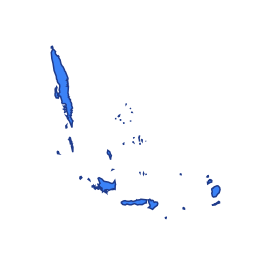 Kepulauan Selayar, Sulawesi Selatan, Indonesia (Natural Earth projection), rotated 346°
{"feature_id": "22746128B1615833901652", "entity_name": "Kepulauan Selayar", "entity_type": "district", "adm_level": 2, "iso_a3": "IDN", "parent_name": "Indonesia", "parent_adm1": "Sulawesi Selatan", "projection": "natural_earth1", "projection_center": [120.768, -6.627], "detail": "fine", "context": "isolated", "style": "filled", "palette": "blue", "viewbox_px": 256, "rotation_deg": 346, "n_neighbors": 0, "source": "geoboundaries", "source_scale": "gbopen_adm2", "svg_char_len": 5790}
<svg xmlns="http://www.w3.org/2000/svg" viewBox="0 0 256 256"><g transform="rotate(346 128 128)"><path d="M70.2,81.0L70.4,86.2L69.9,87.4L70.2,88.5L72.7,89.0L73.6,90.3L73.4,91.2L72.7,92.1L73.2,93.2L72.7,96.7L73.0,99.7L72.7,101.2L72.0,102.0L71.0,101.2L71.7,103.1L72.5,103.3L72.4,103.9L71.6,103.5L71.6,104.1L72.9,107.3L73.8,114.0L74.7,110.6L75.6,108.5L76.3,107.9L75.2,105.7L75.5,105.0L74.6,103.5L75.0,102.9L74.9,102.3L75.3,102.6L76.0,102.3L75.9,101.1L76.6,100.1L76.4,99.4L77.4,99.3L77.5,98.1L77.0,97.6L78.0,97.3L77.4,96.2L79.0,95.2L78.7,92.0L79.1,91.3L79.1,90.0L78.6,88.3L79.0,86.4L78.2,86.1L78.3,85.1L77.6,83.7L78.2,83.5L77.9,83.2L78.2,82.9L77.9,82.0L78.4,80.8L78.1,79.8L80.0,74.1L79.9,73.4L79.1,72.8L80.2,72.7L79.5,71.2L79.8,70.9L80.4,71.1L80.6,70.5L80.3,69.1L80.7,69.1L80.8,68.1L80.3,67.4L80.7,67.5L80.6,66.2L81.3,66.5L81.8,65.2L80.9,58.3L80.3,57.1L80.4,56.2L79.8,53.1L79.0,51.6L78.5,49.5L78.6,45.5L77.8,43.0L78.2,42.0L77.7,41.0L76.9,41.2L75.6,38.6L75.6,37.2L76.2,36.4L74.7,33.6L73.6,33.8L71.8,36.2L70.9,42.3L70.9,47.1L70.2,54.5L70.9,60.4L70.5,63.3L70.9,64.5L70.7,65.7L70.9,67.0L72.1,69.5L71.9,71.1L70.4,74.6L70.7,74.9L70.4,77.0L68.8,77.7L69.0,78.6L68.4,79.0L68.9,79.0L68.6,79.7L70.2,81.0ZM87.9,169.2L86.8,169.6L87.5,175.0L86.8,175.2L86.2,176.5L85.7,176.4L85.9,177.1L85.3,177.4L86.7,178.2L86.8,180.0L87.4,179.3L88.2,180.1L88.1,180.8L87.4,180.8L87.6,181.6L87.1,181.7L88.1,182.9L87.9,183.8L88.7,183.4L90.0,184.1L90.4,185.1L91.0,185.0L91.5,185.8L91.5,185.3L92.5,184.9L91.4,183.4L90.0,183.3L90.7,182.5L92.7,182.7L93.9,183.3L94.2,183.9L97.1,183.4L97.6,184.0L98.7,183.3L98.9,183.6L99.0,183.4L99.7,183.5L99.9,183.6L99.5,183.6L99.7,184.1L100.4,183.7L100.7,184.1L101.7,180.6L102.2,180.0L102.5,175.8L100.5,177.7L99.4,178.0L98.2,177.6L95.9,175.8L91.8,173.9L90.4,171.3L87.9,169.2ZM105.8,197.7L103.7,198.3L103.4,199.1L104.4,200.9L106.7,202.0L108.6,201.5L110.8,202.8L112.5,203.3L116.0,202.9L118.6,204.9L120.5,205.0L123.2,205.8L126.1,205.0L127.7,205.1L127.7,204.3L128.9,202.3L123.2,200.2L122.2,200.5L119.4,200.2L119.1,199.8L118.1,200.4L115.1,200.5L113.4,199.3L112.6,199.5L110.9,199.3L109.0,198.7L107.6,197.8L105.8,197.7ZM200.4,205.6L197.3,206.0L196.8,206.5L196.0,206.6L195.8,207.1L194.8,207.1L194.4,207.7L194.3,210.5L193.5,211.4L193.4,213.7L193.5,214.8L194.3,215.7L196.8,215.8L198.9,213.9L200.8,212.9L202.4,210.1L202.5,207.9L201.4,206.0L200.4,205.6ZM131.9,202.7L130.5,202.7L130.2,205.5L130.7,207.8L130.6,209.1L128.6,210.2L129.5,210.6L132.2,212.9L134.5,211.4L137.7,210.1L138.6,208.6L138.5,207.2L136.8,206.4L135.5,206.5L134.8,204.5L133.7,203.8L132.8,204.2L131.9,202.7ZM68.7,70.8L68.0,72.0L67.3,71.8L66.7,72.7L66.0,76.3L65.5,77.1L65.1,79.0L65.7,81.5L66.6,81.4L67.3,82.2L67.8,82.0L68.4,80.8L67.7,79.2L68.0,78.2L67.4,74.6L67.9,73.5L67.7,72.8L68.4,72.4L68.9,71.4L68.7,70.8ZM103.0,144.8L101.9,147.1L102.2,148.6L103.1,149.5L103.5,154.5L104.0,152.7L105.2,150.7L104.7,149.2L104.5,146.6L103.0,144.8ZM195.0,198.0L195.0,198.5L194.5,198.2L194.1,198.6L193.5,198.5L192.7,199.9L192.0,199.8L191.8,201.6L194.3,200.8L196.1,200.7L196.6,199.2L195.8,198.2L195.0,198.0ZM69.3,123.1L68.5,123.7L68.2,124.9L67.8,125.0L68.5,125.9L68.3,129.6L69.7,130.1L70.1,127.7L69.6,126.5L69.7,123.6L69.3,123.1ZM198.3,221.2L194.5,222.7L193.6,222.5L192.4,223.2L191.4,223.0L191.4,223.4L194.2,223.7L196.0,223.0L198.7,222.8L198.9,221.9L198.3,221.2ZM81.2,177.3L80.6,178.0L81.4,179.4L82.6,178.8L83.9,179.2L84.0,179.9L84.5,180.2L85.1,180.2L86.0,179.1L85.9,178.1L83.9,178.3L83.2,177.7L81.5,177.8L81.2,177.3ZM69.5,131.2L68.7,131.7L68.6,138.1L69.9,133.4L69.9,132.1L69.3,131.6L69.5,131.2ZM70.7,163.7L69.6,163.9L69.1,165.3L69.4,166.0L71.2,165.0L70.7,163.7ZM54.0,133.7L53.6,134.1L53.5,135.8L54.7,136.3L54.4,135.9L54.8,135.5L54.7,134.1L54.0,133.7ZM74.4,30.5L73.4,30.5L72.9,31.7L73.9,32.3L74.5,32.0L74.4,30.5ZM162.7,218.7L162.1,218.9L162.0,219.8L163.2,220.4L163.4,219.6L162.7,218.7ZM69.1,110.3L68.2,110.9L67.9,112.9L68.5,113.0L69.0,112.4L68.8,110.9L69.1,110.3ZM80.4,175.4L79.1,175.7L79.1,176.6L80.3,176.6L80.4,175.4ZM71.8,91.7L70.8,91.3L71.2,92.4L71.6,92.7L72.3,92.3L72.0,91.5L71.8,91.7ZM194.3,193.7L193.7,193.7L192.8,194.5L193.6,195.0L194.2,194.7L194.3,193.7ZM143.4,223.9L142.0,224.1L143.2,224.3L142.5,225.5L143.4,224.3L143.4,223.9ZM122.9,113.5L122.5,113.6L120.9,114.7L122.4,114.5L122.9,113.5ZM77.5,167.7L76.9,168.1L78.2,169.7L78.2,169.2L77.5,167.7ZM137.5,138.0L136.2,140.3L136.1,141.0L137.5,138.0ZM71.8,95.2L70.6,94.8L71.2,95.5L71.8,95.2ZM168.2,186.1L168.3,185.6L167.8,185.3L167.6,185.8L168.2,186.1ZM81.2,176.6L81.0,176.2L80.9,177.2L81.5,177.1L81.8,176.3L81.2,176.6ZM120.1,141.9L119.6,142.1L119.7,143.3L120.1,141.9ZM70.8,96.8L70.6,97.3L70.3,97.4L70.3,97.5L71.3,97.2L70.8,96.8ZM72.0,93.1L71.2,93.0L71.0,93.3L72.0,93.4L72.0,93.1ZM136.0,144.0L136.3,141.6L136.2,141.4L136.0,144.0ZM122.8,119.1L122.8,117.8L122.8,117.6L122.5,118.4L122.8,119.1ZM139.0,142.7L139.1,142.4L139.0,142.7L138.6,142.6L138.5,143.6L138.7,143.3L138.4,143.9L138.5,144.2L139.0,142.7ZM136.0,146.3L135.9,145.3L135.6,147.1L136.0,146.3ZM102.5,164.8L103.3,164.6L102.8,164.4L102.5,164.8ZM131.9,176.6L132.3,176.1L132.2,175.6L131.9,176.3L131.9,176.6ZM134.3,177.9L134.4,177.2L134.4,176.7L134.2,177.5L134.3,177.9ZM85.0,176.4L85.3,175.6L85.2,175.5L85.0,176.4ZM125.1,122.9L125.2,122.4L125.2,121.4L125.0,122.0L125.1,122.9ZM129.8,143.3L129.6,142.2L129.4,142.9L129.8,143.3ZM132.1,122.4L132.3,121.8L132.2,121.4L132.1,121.8L132.1,122.4ZM135.7,113.8L135.6,113.5L135.3,113.1L135.4,113.7L135.7,113.8ZM118.1,116.7L118.4,115.7L118.5,115.2L118.1,116.7ZM131.9,104.5L132.1,104.3L132.0,103.8L131.9,104.5ZM128.8,174.3L128.9,174.0L128.9,173.5L128.7,173.9L128.8,174.3ZM131.2,138.9L130.5,138.8L131.1,139.0L131.2,138.9ZM135.4,110.2L135.0,109.5L134.8,109.1L135.4,110.2ZM132.5,203.3L132.0,202.5L131.9,202.6L132.5,203.3ZM142.0,145.3L142.1,144.7L142.0,145.1L142.0,145.3Z" fill="#3b82f6" stroke="#1e3a8a" stroke-width="1.5"/></g></svg>